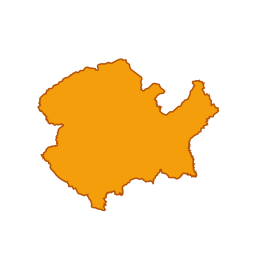 the district of Soi Dao, Chanthaburi, Thailand, rotated 154°
{"feature_id": "78962969B71557227555667", "entity_name": "Soi Dao", "entity_type": "district", "adm_level": 2, "iso_a3": "THA", "parent_name": "Thailand", "parent_adm1": "Chanthaburi", "projection": "mercator", "projection_center": [102.227, 13.187], "detail": "fine", "context": "isolated", "style": "filled", "palette": "amber", "viewbox_px": 256, "rotation_deg": 154, "n_neighbors": 0, "source": "geoboundaries", "source_scale": "gbopen_adm2", "svg_char_len": 5749}
<svg xmlns="http://www.w3.org/2000/svg" viewBox="0 0 256 256"><g transform="rotate(154 128 128)"><path d="M49.0,141.4L49.7,141.1L50.2,140.3L49.7,136.8L51.3,136.1L52.6,134.7L55.8,133.6L57.5,131.1L61.1,127.9L62.7,127.7L64.9,128.1L66.0,127.4L68.4,126.9L70.8,124.5L73.4,125.2L80.6,123.0L83.4,124.1L87.4,122.9L88.4,123.4L89.5,124.3L90.9,126.3L92.1,129.1L91.1,130.1L91.2,130.8L90.3,131.1L90.8,131.9L89.5,132.2L90.4,132.7L89.7,133.0L90.1,133.3L90.0,133.7L91.2,133.9L92.4,135.1L91.6,135.9L92.0,136.4L91.9,137.4L91.0,137.8L91.2,138.5L90.4,139.6L90.5,140.0L91.1,140.2L90.9,141.2L91.3,141.0L91.5,142.1L90.0,143.3L88.7,143.4L88.4,144.0L85.1,144.8L83.9,144.8L81.2,143.8L79.2,144.5L78.9,145.5L81.2,150.2L80.9,153.4L84.7,156.5L86.3,156.8L92.2,154.8L95.1,155.3L97.3,154.5L98.4,155.0L98.8,156.3L99.5,156.8L98.6,157.8L98.6,159.1L96.9,160.6L96.3,164.3L94.2,165.7L93.7,167.6L99.7,179.4L99.8,181.9L98.9,184.5L100.6,187.4L100.1,190.2L101.4,190.4L102.8,191.4L103.2,192.5L105.3,193.4L108.1,193.6L114.0,193.3L115.3,193.9L116.8,195.5L120.4,195.6L124.0,197.4L125.9,197.8L127.4,197.7L128.2,197.1L128.7,194.7L129.5,193.2L131.4,194.0L131.5,195.7L134.7,197.9L136.1,198.3L136.6,199.4L138.5,200.8L140.4,200.7L143.1,199.2L145.3,200.4L147.1,200.2L148.0,199.5L149.3,200.1L150.1,201.2L152.0,200.8L152.9,201.3L155.7,200.3L156.3,200.9L157.6,200.2L160.0,199.9L162.5,200.5L163.9,200.5L165.5,200.0L166.1,199.0L169.9,199.3L171.6,198.0L174.4,198.6L174.6,198.2L176.4,198.7L176.9,198.5L177.5,197.3L178.7,197.1L180.0,197.1L180.8,197.7L182.3,197.9L183.0,197.5L183.3,196.8L184.7,197.3L185.3,196.1L187.1,195.3L186.9,194.8L188.4,195.1L190.0,194.8L194.1,193.4L194.5,191.7L195.1,191.8L196.2,189.2L197.0,189.5L197.2,188.9L196.6,186.9L199.6,186.2L199.4,185.1L199.7,182.3L199.1,182.0L199.4,181.8L199.2,181.4L198.3,181.0L197.7,179.4L197.7,177.5L196.6,176.5L197.1,176.1L196.6,175.0L196.7,174.4L196.4,174.2L196.6,173.7L196.3,173.5L196.7,173.3L196.9,172.6L197.3,172.7L197.8,171.8L196.7,170.6L197.0,170.1L197.5,170.1L196.9,168.8L197.3,167.6L196.8,167.2L196.8,166.3L195.0,166.0L193.9,164.9L193.3,164.8L192.7,162.7L191.0,162.6L189.3,161.8L189.2,161.4L187.3,161.1L186.5,160.4L186.0,160.6L185.8,160.0L185.0,159.7L184.9,158.9L186.0,158.2L188.1,158.2L191.3,157.1L192.0,155.3L193.2,155.1L193.7,153.3L196.4,151.5L196.5,150.8L196.1,150.4L198.0,149.1L197.7,146.4L198.2,146.1L198.2,145.4L198.7,145.5L198.9,144.0L199.4,143.3L200.4,143.5L201.1,144.0L202.2,143.9L203.4,144.7L205.1,145.1L205.8,144.6L207.2,145.5L208.3,145.5L211.2,144.3L211.4,143.4L212.1,143.0L214.6,142.6L215.7,140.9L216.3,140.9L217.0,141.3L217.0,141.8L217.6,141.9L217.6,140.3L217.4,139.3L216.8,139.0L217.2,138.4L216.6,138.6L216.8,135.7L216.0,135.1L216.0,134.0L214.4,133.2L214.2,132.8L214.4,131.5L214.8,131.1L214.1,130.5L214.2,130.1L213.7,129.4L213.7,128.4L215.2,127.1L215.0,126.5L215.2,124.7L214.6,123.9L214.6,122.6L213.9,122.0L214.0,120.8L213.5,119.9L213.4,118.1L211.7,113.4L210.3,110.9L207.4,106.6L206.2,106.4L206.5,105.5L206.0,103.3L206.5,102.5L206.7,101.4L205.4,100.6L203.9,100.2L203.7,97.0L201.5,96.9L201.6,92.5L201.3,90.8L199.1,89.0L198.8,88.2L197.5,87.1L197.3,86.6L193.4,85.9L194.2,84.4L193.9,82.9L194.0,81.4L193.4,78.8L194.0,75.6L195.3,73.1L193.8,71.4L191.9,70.4L190.9,68.8L188.4,67.1L186.4,64.8L185.3,64.3L184.3,64.5L184.5,68.3L181.7,68.5L182.8,70.1L181.1,70.3L179.9,71.2L180.2,72.3L180.7,72.4L180.5,74.6L180.8,75.2L178.3,75.1L177.9,75.7L178.1,75.9L177.6,76.3L177.7,76.7L176.9,77.1L177.0,77.8L176.2,78.2L175.6,78.1L175.2,78.9L174.0,78.7L173.9,78.2L173.2,78.6L172.5,77.9L171.8,78.0L171.3,77.3L170.5,77.9L169.6,77.2L168.6,77.6L168.1,77.4L167.8,76.2L168.7,74.5L167.8,73.9L167.7,73.1L167.1,73.2L165.9,72.3L164.9,72.3L164.1,72.6L163.9,73.2L163.2,72.0L164.0,71.2L163.5,70.5L162.5,70.4L161.9,70.7L161.7,71.9L161.1,71.8L160.6,72.7L160.0,74.1L160.1,75.5L159.5,75.8L158.8,77.6L157.0,77.8L156.4,78.4L154.1,77.8L152.8,78.7L151.9,78.8L151.0,78.4L148.5,80.1L144.4,79.8L142.5,79.3L140.0,76.8L137.2,76.2L136.9,74.5L135.3,71.6L133.5,71.4L132.3,70.6L130.9,70.9L129.7,68.6L129.8,67.1L129.5,67.1L128.7,68.9L127.8,69.6L127.7,70.7L125.4,71.2L124.4,72.7L123.5,72.6L122.8,73.1L122.2,72.8L121.5,73.7L120.1,74.5L119.4,74.2L118.3,75.0L117.5,76.4L116.7,76.4L116.3,76.0L117.0,74.2L116.9,72.5L114.1,70.5L112.8,67.5L113.0,66.1L112.8,65.5L107.6,62.8L106.8,61.1L105.3,60.7L103.2,60.9L101.3,61.9L100.7,61.6L99.9,62.5L97.6,63.1L95.9,61.2L95.5,61.4L95.2,60.9L94.6,60.9L94.8,60.2L94.4,60.3L94.4,59.7L93.8,59.8L93.6,59.0L92.4,58.7L92.5,58.0L91.6,57.5L92.0,56.5L91.3,56.6L91.0,55.9L90.7,56.3L89.9,56.1L89.4,55.1L89.0,55.2L88.9,54.8L88.6,55.1L88.0,54.7L87.8,55.4L87.0,55.5L87.0,56.2L86.6,56.9L86.9,57.3L86.7,57.6L87.1,57.8L86.5,59.1L86.9,59.0L87.8,59.7L86.8,62.0L87.2,62.7L86.9,63.3L85.9,63.6L86.3,64.6L85.9,65.9L85.1,65.8L85.1,66.5L84.5,66.7L85.1,67.0L85.3,67.5L84.4,68.6L84.3,69.3L82.7,70.8L83.3,71.6L82.6,72.0L82.5,73.6L82.7,73.9L83.0,73.6L83.3,73.9L82.5,74.6L83.3,74.9L83.1,76.7L82.7,77.0L82.9,77.9L82.4,77.7L82.3,77.9L83.0,79.3L82.9,80.1L82.2,80.3L83.0,80.9L82.3,81.1L82.6,82.3L82.0,82.7L82.5,83.6L81.6,83.8L81.6,84.7L81.3,85.0L80.6,84.7L80.6,85.9L80.1,85.6L79.7,86.4L80.0,87.4L79.4,87.8L79.2,88.7L78.5,88.8L78.2,89.8L75.5,91.4L73.8,91.4L72.1,92.2L68.0,92.1L65.7,93.3L64.1,92.9L62.4,95.6L61.4,95.5L59.7,94.7L59.2,96.8L55.0,96.2L54.7,97.6L55.2,98.4L55.1,99.3L53.3,99.5L53.3,101.6L51.1,100.9L50.3,101.3L50.1,102.4L49.7,102.5L46.7,100.9L44.7,102.5L40.4,103.1L39.4,103.7L39.8,104.3L38.5,105.6L38.4,106.6L40.0,107.7L40.5,108.6L40.3,111.8L41.1,112.1L42.7,111.7L43.2,112.3L41.2,116.2L41.8,118.1L40.7,122.1L41.6,122.5L42.1,124.0L43.9,123.8L44.5,124.6L44.0,127.0L44.5,130.0L44.3,130.3L41.8,130.5L42.0,132.3L41.3,133.8L40.2,135.0L41.2,135.3L40.9,136.3L41.6,137.5L43.0,138.1L43.1,139.5L44.1,139.4L45.6,140.5L48.2,140.8L49.0,141.4Z" fill="#f59e0b" stroke="#b45309" stroke-width="1.5"/></g></svg>